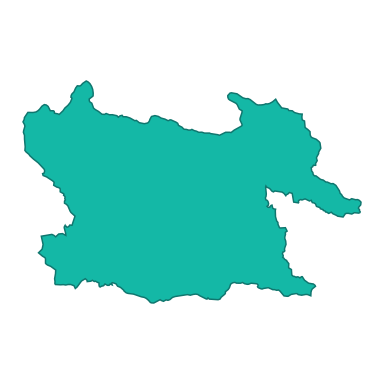 the district of Mu Cang Chai, Yên Bái, Vietnam
{"feature_id": "81297802B12607058922832", "entity_name": "Mu Cang Chai", "entity_type": "district", "adm_level": 2, "iso_a3": "VNM", "parent_name": "Vietnam", "parent_adm1": "Yên Bái", "projection": "orthographic", "projection_center": [104.163, 21.805], "detail": "fine", "context": "isolated", "style": "filled", "palette": "teal", "viewbox_px": 384, "rotation_deg": 0, "n_neighbors": 0, "source": "geoboundaries", "source_scale": "gbopen_adm2", "svg_char_len": 5954}
<svg xmlns="http://www.w3.org/2000/svg" viewBox="0 0 384 384"><path d="M320.8,148.3L320.0,142.9L319.2,141.8L316.3,139.3L312.1,137.7L310.9,136.7L310.2,134.9L310.0,131.6L307.8,129.5L305.1,127.5L304.5,121.0L302.4,120.0L302.1,119.1L301.9,116.9L302.2,114.1L299.3,113.9L294.6,112.6L292.3,110.8L288.8,110.5L287.8,109.0L281.7,107.9L277.4,102.3L275.7,99.2L272.6,101.8L269.5,103.5L267.3,104.0L265.8,103.8L264.2,104.5L261.8,104.9L258.0,105.0L256.3,104.4L250.2,99.6L248.0,98.6L245.8,98.7L242.8,97.8L237.0,93.8L231.4,92.8L230.0,93.1L227.8,95.5L227.8,97.1L228.5,99.0L229.7,100.0L236.0,103.3L237.2,104.6L239.3,109.1L242.1,110.8L242.0,112.4L240.1,118.3L240.0,119.9L241.9,124.1L242.1,125.1L241.8,125.7L240.9,126.4L234.2,130.1L231.0,132.6L230.0,132.3L225.6,132.3L219.4,135.3L217.8,134.7L210.7,133.6L209.6,133.1L204.6,133.1L201.9,132.2L198.7,132.3L196.5,131.2L194.2,130.6L191.9,129.4L190.4,130.1L188.6,130.1L186.4,129.4L184.4,129.3L183.6,128.9L182.0,127.2L178.5,125.4L177.7,123.3L176.1,122.2L171.0,119.9L169.9,119.9L168.6,120.6L167.9,120.6L164.9,119.1L161.2,118.1L158.3,116.4L154.9,115.6L151.5,116.5L150.0,119.2L149.2,121.4L148.2,122.5L147.6,123.0L144.3,123.7L139.3,122.7L136.4,120.4L134.8,120.7L130.2,118.1L126.5,116.8L123.1,116.7L122.1,115.3L120.1,115.8L118.3,117.2L116.9,115.7L112.3,114.7L109.5,114.8L106.1,113.5L104.6,114.4L101.9,114.2L98.6,111.5L95.2,109.5L93.6,108.2L91.8,103.2L90.0,102.0L89.3,100.9L89.2,99.0L92.9,96.2L93.1,95.7L93.2,93.1L92.7,89.4L91.6,86.4L89.9,83.6L87.9,81.8L86.2,81.0L82.7,83.4L80.7,85.6L79.7,86.0L77.3,85.8L77.0,86.2L75.6,88.1L74.0,91.8L71.9,94.0L71.2,95.4L70.9,97.2L71.9,98.1L71.9,98.6L70.3,102.4L67.9,105.4L64.9,108.0L63.0,110.8L59.1,114.5L58.0,113.9L54.5,113.2L54.2,111.4L53.5,110.8L50.3,110.7L48.1,106.4L46.3,105.0L44.3,104.6L41.9,106.2L39.6,109.2L37.9,110.8L35.9,112.0L33.0,112.5L27.9,112.4L24.4,117.6L24.2,119.4L23.0,121.9L24.4,124.4L24.9,126.2L23.6,130.8L23.4,132.3L24.5,135.4L24.5,139.1L25.2,146.8L24.9,150.4L26.0,151.9L29.0,154.4L29.8,155.7L33.5,159.1L38.2,162.8L44.0,169.0L44.5,170.0L44.6,171.3L44.0,173.2L42.6,173.6L43.1,175.5L46.6,176.9L52.7,180.9L54.1,182.3L53.7,185.3L56.8,187.1L58.6,187.6L59.9,188.3L60.2,189.1L60.2,191.8L63.7,193.8L63.9,194.4L63.6,195.4L64.5,196.0L65.1,196.9L64.8,198.6L65.3,199.9L64.5,201.1L64.5,203.2L66.4,204.3L67.9,205.9L70.1,211.1L71.0,212.5L75.0,216.1L72.0,225.3L69.9,225.0L68.8,226.4L67.5,227.2L66.8,227.2L66.1,226.2L65.4,226.3L65.1,225.4L64.4,226.6L64.2,227.7L65.6,233.1L65.8,235.4L62.5,233.6L58.7,234.0L55.7,236.8L53.8,235.3L51.9,234.4L41.3,236.2L43.1,244.5L42.1,249.2L38.5,252.8L42.4,256.1L45.0,257.7L45.5,258.8L45.5,263.2L46.3,264.2L47.7,265.1L50.8,266.4L55.7,270.0L55.5,273.7L54.6,278.8L55.0,281.5L54.9,283.6L55.4,284.5L60.5,284.8L63.3,284.6L65.7,285.0L68.1,284.5L70.8,284.5L74.0,285.7L75.3,288.5L77.0,287.1L81.5,281.0L85.3,278.7L87.1,280.4L87.2,281.6L90.8,281.2L92.4,280.3L94.3,281.5L95.5,281.2L97.5,282.4L98.7,282.7L99.0,283.0L99.0,285.0L99.4,286.6L100.2,287.0L101.3,286.3L103.6,285.7L105.0,284.0L107.3,285.3L109.1,285.3L110.2,284.0L112.2,284.9L111.7,283.4L112.1,282.7L112.7,282.7L116.0,283.8L117.6,286.2L120.5,287.4L123.6,290.1L124.1,291.1L126.2,292.8L128.0,293.4L133.5,294.1L141.3,296.8L144.3,297.4L146.3,298.4L148.5,300.3L150.4,302.5L151.7,302.9L153.8,303.0L160.1,299.7L161.3,300.5L163.5,301.3L166.0,299.9L168.0,300.3L169.9,299.6L172.5,297.4L175.2,296.5L187.4,294.6L190.3,295.2L193.3,294.4L195.8,294.1L197.9,294.5L199.5,295.6L206.1,298.9L207.0,299.1L208.0,297.9L209.3,299.1L218.1,299.7L220.0,299.1L221.2,297.2L224.9,294.1L225.4,293.1L225.4,291.8L228.2,289.5L229.4,287.7L230.6,284.2L232.6,282.8L234.9,282.4L236.4,283.1L239.2,283.2L240.5,283.2L242.6,282.5L244.6,283.7L247.3,284.3L248.7,284.2L251.1,283.2L256.9,283.8L258.0,284.8L258.1,285.6L257.5,286.6L257.7,287.1L258.5,287.8L261.0,288.8L262.1,289.0L263.8,288.4L268.3,287.7L272.9,289.7L274.3,289.6L276.8,290.3L278.5,290.0L280.0,291.1L284.0,295.9L287.2,296.3L288.3,296.2L291.2,294.4L295.8,293.6L297.2,293.7L298.2,294.6L301.6,295.2L306.0,294.4L307.8,294.6L310.8,295.8L311.0,292.2L311.5,290.3L312.3,288.9L315.5,286.3L315.0,285.3L313.4,284.0L308.6,283.2L304.5,280.2L302.3,276.7L301.5,276.7L299.9,277.9L298.5,277.0L297.0,276.8L296.2,277.4L294.5,276.4L293.4,276.4L291.8,275.0L291.4,269.5L288.9,268.0L288.6,267.4L288.8,263.6L286.7,261.0L286.7,260.5L284.6,259.3L283.9,258.2L282.7,257.3L283.1,256.6L283.2,255.4L282.4,253.8L283.0,252.0L283.8,251.9L284.8,250.9L284.5,249.4L284.7,248.0L286.0,244.4L285.7,241.0L284.8,238.5L284.8,237.0L285.5,234.3L285.3,232.9L285.4,232.3L287.1,231.1L285.4,227.7L280.1,228.0L279.4,227.5L278.0,224.3L277.9,222.4L276.7,221.0L275.5,216.7L275.3,210.6L275.6,209.2L273.8,208.9L272.7,208.1L272.0,205.1L271.1,205.4L270.0,206.6L269.8,207.3L268.0,207.3L267.0,206.3L268.3,205.2L268.6,203.5L267.9,201.3L267.0,200.3L265.9,199.8L265.5,198.6L265.5,197.4L266.0,196.5L266.3,194.0L265.6,186.9L265.9,186.0L266.6,187.1L269.5,188.4L272.1,191.3L273.5,191.9L274.8,191.0L282.1,192.1L284.0,193.4L285.8,195.7L286.3,194.8L287.9,194.0L289.4,192.5L292.2,193.4L293.7,202.1L298.4,202.9L298.7,202.4L298.4,201.0L299.2,200.2L300.9,199.5L301.9,200.0L305.1,198.9L309.5,201.0L311.2,200.3L312.3,202.6L314.2,203.0L315.5,203.9L316.5,206.4L319.9,207.6L320.4,208.8L323.1,209.6L323.3,210.5L324.9,210.9L325.6,212.0L326.6,212.1L328.7,213.4L331.3,212.2L332.8,213.7L336.5,215.4L337.7,216.2L343.1,217.0L345.3,213.8L346.1,213.4L348.2,213.3L351.8,214.0L354.4,212.7L358.7,213.1L359.8,212.7L360.2,211.9L359.5,210.7L359.5,209.6L358.5,208.5L358.5,207.8L359.1,206.7L360.7,204.9L361.0,202.4L360.8,201.8L359.3,200.4L357.7,199.6L355.5,199.7L351.7,198.7L349.5,199.9L344.2,198.0L342.5,196.3L341.5,194.5L340.2,193.4L339.4,190.8L335.9,185.4L333.2,183.6L330.9,183.7L327.4,182.1L325.8,182.0L323.3,180.1L320.6,179.4L316.0,175.9L314.4,175.8L313.2,174.5L312.8,172.4L311.7,171.1L311.2,167.7L312.8,166.6L312.9,165.9L313.5,165.2L315.1,165.4L315.7,165.2L315.6,163.4L317.2,160.7L316.5,158.1L316.6,157.3L318.6,153.7L318.7,152.0L320.8,148.3Z" fill="#14b8a6" stroke="#0f766e" stroke-width="1.5"/></svg>